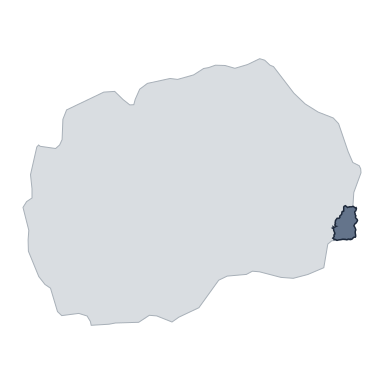 Novo Selo, Novo Selo, North Macedonia shown in context
{"feature_id": "65306769B50594974244279", "entity_name": "Novo Selo", "entity_type": "district", "adm_level": 2, "iso_a3": "MKD", "parent_name": "North Macedonia", "parent_adm1": "Novo Selo", "projection": "mercator", "projection_center": [22.902, 41.433], "detail": "fine", "context": "in_parent", "style": "filled", "palette": "slate", "viewbox_px": 384, "rotation_deg": 0, "n_neighbors": 0, "source": "geoboundaries", "source_scale": "gbopen_adm2", "svg_char_len": 2619}
<svg xmlns="http://www.w3.org/2000/svg" viewBox="0 0 384 384"><path d="M170.2,78.5L177.6,79.4L193.6,74.9L203.6,68.5L208.6,67.6L215.4,65.2L225.1,65.5L234.9,68.3L247.4,64.6L259.7,58.7L264.7,60.2L270.0,65.2L273.5,66.6L293.9,93.2L305.1,103.9L318.2,112.1L333.3,118.0L338.6,123.7L348.2,151.8L352.8,162.5L359.2,165.7L360.7,168.8L361.0,172.8L353.8,192.5L350.9,236.5L349.1,240.0L341.6,239.8L331.7,240.8L327.8,244.1L323.8,267.7L307.8,274.5L293.3,278.3L281.0,277.4L259.5,271.8L252.4,271.2L246.4,274.4L227.2,276.1L218.7,280.2L198.9,307.7L178.8,317.2L172.0,322.0L156.7,315.9L149.3,315.3L138.7,322.3L115.4,323.0L109.1,324.2L91.2,325.3L90.4,321.5L87.1,316.0L78.8,313.4L61.7,315.6L57.5,311.6L50.5,288.2L45.0,284.5L38.8,276.6L28.4,251.2L28.1,240.0L28.8,230.3L23.0,207.4L26.6,201.6L32.0,198.0L32.0,188.7L30.5,174.7L36.8,147.0L38.6,145.0L40.2,146.3L55.6,148.5L59.6,145.0L62.1,139.6L62.9,119.3L66.6,109.9L103.8,92.1L114.7,91.4L123.1,99.6L129.8,104.9L133.8,104.7L135.2,99.4L139.7,89.2L147.4,83.4L170.0,78.5L170.2,78.5Z" fill="#d9dde1" stroke="#a8b0b8" stroke-width="1"/><path d="M343.7,207.0L343.7,211.1L343.0,211.5L342.4,211.4L342.0,211.9L341.6,214.4L339.8,216.0L339.8,217.6L339.2,218.2L337.1,218.3L335.5,220.5L335.1,223.1L335.5,223.6L334.8,225.0L335.4,225.5L335.5,226.3L336.1,226.4L334.1,227.4L333.2,226.8L333.4,227.8L332.5,228.1L333.6,228.8L333.7,230.4L334.9,233.2L334.6,233.6L334.7,234.3L333.9,235.0L334.2,236.5L332.8,238.2L333.6,238.7L334.1,239.6L334.5,239.3L336.0,239.7L336.1,239.9L336.3,240.1L336.7,240.3L336.8,240.3L337.4,240.3L338.1,240.0L339.1,239.8L340.2,239.7L341.0,239.6L341.9,239.4L342.1,239.3L343.1,239.2L344.6,239.3L345.1,239.3L345.6,239.4L346.1,239.6L346.6,239.7L347.1,239.6L347.5,239.5L347.7,239.3L348.1,239.2L348.4,239.1L348.8,239.1L349.1,239.2L349.4,239.2L349.9,239.5L350.3,239.6L350.6,239.6L350.7,239.1L351.3,239.2L351.7,239.3L351.9,239.2L352.1,239.0L352.5,238.6L353.1,237.9L354.0,237.2L355.3,237.2L355.5,236.8L355.7,236.3L355.6,234.9L355.5,234.4L355.3,233.3L355.2,232.5L355.3,231.2L355.5,230.6L355.8,230.0L355.8,229.9L355.7,229.4L355.2,228.1L354.6,226.9L354.3,226.6L353.9,225.7L354.5,224.7L354.7,224.3L355.1,223.6L355.4,223.4L355.8,223.3L356.5,222.4L356.9,221.6L357.3,221.0L357.5,220.5L357.3,219.7L357.2,219.5L356.8,219.0L356.6,218.9L355.8,218.1L355.5,217.4L355.5,216.8L355.7,216.4L355.9,215.7L355.5,215.2L355.2,214.6L355.1,213.5L354.9,213.0L354.7,212.4L354.7,212.0L355.0,211.4L355.7,210.9L356.2,209.6L356.4,208.5L356.4,208.2L356.0,207.6L355.4,208.0L353.1,206.3L351.8,206.8L349.4,206.8L349.2,207.1L348.2,207.1L347.6,207.5L345.4,205.7L344.3,206.2L343.7,207.0Z" fill="#64748b" stroke="#1e293b" stroke-width="1.5"/></svg>